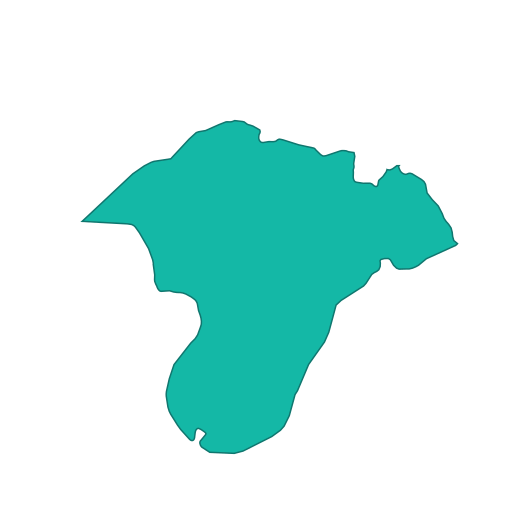 the border of Aleppo, rotated 137°
{"feature_id": "SYR-137", "entity_name": "Aleppo", "entity_type": "Province", "adm_level": 1, "iso_a3": "SYR", "parent_name": "Syria", "parent_adm1": "", "projection": "robinson", "projection_center": [37.495, 36.172], "detail": "fine", "context": "isolated", "style": "filled", "palette": "teal", "viewbox_px": 512, "rotation_deg": 137, "n_neighbors": 0, "source": "natural_earth", "source_scale": "10m", "svg_char_len": 3275}
<svg xmlns="http://www.w3.org/2000/svg" viewBox="0 0 512 512"><g transform="rotate(137 256 256)"><path d="M357.0,111.9L367.6,113.2L398.5,122.2L406.5,126.5L423.7,144.0L425.9,152.8L426.0,153.5L425.9,154.5L425.6,155.7L424.7,157.4L423.9,158.2L423.1,158.6L414.9,159.7L414.3,159.9L413.7,160.3L413.5,161.4L413.7,163.0L414.5,166.5L415.1,168.1L415.6,169.2L416.2,169.6L416.7,169.8L417.5,169.8L418.2,169.8L419.5,169.3L421.1,168.2L425.0,164.9L426.1,164.3L426.8,164.1L427.5,164.1L428.2,164.3L428.7,164.7L429.1,165.2L429.4,165.9L429.5,166.5L429.6,167.3L429.4,180.4L428.7,185.9L427.6,191.6L426.3,198.4L425.3,201.7L423.4,205.6L417.2,214.7L415.8,216.3L413.9,218.0L403.2,225.3L390.0,232.5L363.1,236.8L357.0,237.0L352.5,238.1L345.8,241.5L343.1,243.0L342.2,243.7L340.4,245.5L338.7,247.9L337.2,250.7L335.2,255.3L331.7,260.7L331.0,262.0L330.7,263.4L330.4,264.8L330.7,267.2L331.3,270.3L333.3,276.2L334.8,279.0L336.3,280.9L338.7,283.3L340.8,285.9L342.9,289.5L343.0,289.6L349.5,294.9L350.1,295.8L350.3,296.9L350.1,299.0L349.8,299.9L349.5,300.8L349.2,301.3L348.5,303.7L347.4,306.4L347.0,307.0L346.2,308.0L343.0,311.2L336.8,320.0L336.3,320.4L335.5,321.5L334.1,323.8L329.5,334.7L325.4,352.5L324.5,359.4L324.5,360.4L324.6,361.4L325.0,362.7L325.3,363.5L325.7,364.2L328.1,367.2L359.5,399.9L290.0,400.1L276.2,398.1L268.8,396.0L266.1,394.8L255.3,387.4L255.2,387.3L252.0,385.2L225.2,387.1L215.7,387.0L214.6,386.6L213.1,385.9L207.3,382.1L193.4,377.3L186.6,374.6L185.8,374.0L183.3,371.6L182.3,370.9L181.4,370.4L180.1,369.9L179.2,369.5L174.1,363.5L173.2,362.1L172.6,358.6L172.1,357.3L171.1,355.8L169.6,353.0L167.3,345.6L168.1,344.2L169.1,343.4L171.0,342.7L171.5,342.3L172.5,341.5L173.3,340.7L173.9,340.0L174.5,338.8L174.7,338.1L174.8,337.3L174.8,336.5L174.7,335.8L174.2,335.0L173.4,334.1L168.6,330.9L165.4,327.8L163.4,326.5L160.9,326.2L160.1,325.9L159.4,325.7L158.4,324.5L157.1,322.6L148.9,308.1L140.2,295.6L139.9,294.9L139.8,294.1L139.9,292.5L139.6,286.3L139.3,284.9L138.9,283.6L138.0,282.7L136.4,281.6L122.8,275.4L121.3,274.5L119.9,273.2L118.4,271.5L117.2,269.1L113.8,264.8L115.8,261.5L121.3,257.2L122.2,256.2L122.9,255.1L123.7,254.2L124.1,253.9L124.4,253.7L126.0,252.8L126.5,252.3L127.7,250.8L130.9,247.6L131.8,246.5L132.4,245.3L132.7,244.6L132.9,243.8L132.9,242.8L132.2,241.4L128.0,236.1L123.0,231.5L122.1,229.8L121.8,226.8L121.6,226.2L121.3,225.6L120.9,225.0L120.4,224.6L119.6,224.5L118.5,224.8L115.1,227.3L114.3,227.6L109.0,227.5L103.4,228.7L101.3,229.8L101.3,229.7L99.4,227.6L96.8,226.6L91.4,226.0L89.8,224.5L90.5,224.4L91.5,222.7L92.5,219.7L92.6,218.0L92.4,216.5L91.9,215.2L91.1,213.9L90.4,213.3L87.8,212.2L86.7,211.2L85.8,209.7L82.8,199.1L82.4,195.9L83.1,192.9L87.9,185.4L88.7,177.0L88.6,168.3L90.9,160.0L92.8,155.4L93.4,151.6L93.5,147.8L94.2,143.5L96.3,139.6L98.9,136.1L100.8,132.4L100.2,127.6L101.7,127.5L103.3,127.7L103.4,127.8L133.2,137.8L143.5,138.4L146.6,139.2L149.8,140.4L152.8,142.1L155.3,144.4L160.3,148.8L161.5,151.3L161.7,155.4L160.3,161.7L160.9,163.9L163.9,166.6L167.1,168.3L168.6,167.9L169.9,166.0L172.4,163.6L175.5,162.2L178.2,162.4L180.8,163.2L183.9,163.6L194.2,161.0L197.8,160.7L224.1,165.5L230.9,165.5L243.2,157.8L254.8,150.6L264.6,146.4L291.5,140.8L317.5,129.2L322.0,128.0L324.9,126.2L340.6,116.5L351.5,112.4L357.0,111.9Z" fill="#14b8a6" stroke="#0f766e" stroke-width="1.5"/></g></svg>